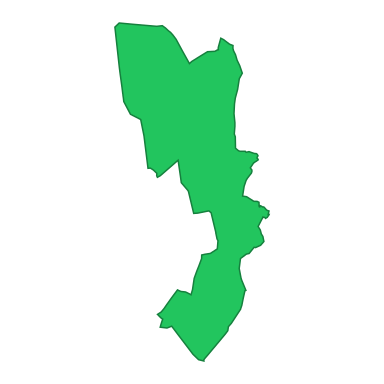 Udi, Enugu, Nigeria
{"feature_id": "59680162B18977545928744", "entity_name": "Udi", "entity_type": "district", "adm_level": 2, "iso_a3": "NGA", "parent_name": "Nigeria", "parent_adm1": "Enugu", "projection": "natural_earth1", "projection_center": [7.382, 6.448], "detail": "fine", "context": "isolated", "style": "filled", "palette": "green", "viewbox_px": 384, "rotation_deg": 0, "n_neighbors": 0, "source": "geoboundaries", "source_scale": "gbopen_adm2", "svg_char_len": 2554}
<svg xmlns="http://www.w3.org/2000/svg" viewBox="0 0 384 384"><path d="M269.1,214.5L268.7,214.5L268.4,214.3L268.2,214.3L269.0,211.0L267.3,210.4L266.3,209.8L265.7,209.0L264.1,207.2L263.4,206.9L263.0,207.0L262.5,207.0L262.1,206.6L261.5,206.3L260.9,205.9L260.2,205.7L259.9,206.3L259.9,206.8L259.4,206.9L259.0,205.9L259.1,204.5L259.0,203.4L259.0,202.3L257.2,201.4L253.8,201.3L246.6,196.7L242.6,196.1L244.1,186.4L246.1,180.4L247.5,178.1L251.4,173.1L251.9,171.6L251.9,170.0L250.3,167.9L253.7,162.8L254.5,162.5L255.3,161.7L256.2,161.3L258.2,159.8L257.9,159.0L257.0,158.1L257.2,157.1L258.0,155.8L257.3,154.4L256.3,153.6L254.5,153.5L252.0,152.7L249.0,151.6L246.2,152.3L245.3,151.3L240.1,151.3L238.4,150.7L235.5,148.2L235.3,136.8L234.3,134.0L234.9,126.4L234.9,122.7L234.0,113.6L234.5,103.9L235.3,98.1L237.6,89.5L239.3,78.7L242.3,73.2L239.7,65.6L237.1,60.2L235.5,54.7L233.6,50.9L232.9,48.3L233.0,45.5L229.6,44.2L225.6,41.2L223.7,39.7L220.8,38.2L218.5,46.6L218.3,47.3L218.2,48.7L218.4,49.7L217.2,50.0L215.0,51.3L213.4,51.4L207.5,51.7L198.4,57.3L191.7,61.5L189.4,63.6L189.0,62.8L182.1,50.4L180.1,46.7L176.1,39.3L172.8,34.9L170.9,32.8L170.7,32.5L168.2,30.6L165.5,28.0L162.3,25.7L156.9,26.3L156.5,26.3L133.1,24.3L119.2,23.0L114.9,27.1L117.7,52.5L119.4,68.0L120.1,73.5L122.0,87.3L122.7,93.1L122.7,93.3L122.9,94.2L123.0,95.5L123.4,98.2L123.5,99.1L123.8,101.6L130.5,114.3L140.7,119.5L144.0,135.9L148.0,168.3L150.4,168.1L153.5,170.1L156.8,173.3L156.7,175.8L157.4,177.3L160.3,175.7L178.1,160.2L180.4,176.0L181.3,182.7L188.1,190.7L188.6,192.1L193.7,213.4L197.8,213.1L208.8,210.9L211.1,212.7L215.9,232.7L215.8,232.9L217.0,238.8L217.5,239.9L218.0,240.5L217.5,246.4L217.3,248.9L210.4,253.4L204.7,254.3L201.7,255.0L201.6,258.6L199.0,265.6L196.8,271.1L194.2,278.3L192.5,289.7L191.0,294.8L189.1,293.7L185.6,292.0L183.2,291.7L181.1,291.5L179.6,290.9L177.5,289.9L171.6,297.8L166.9,304.4L164.0,308.6L161.2,312.0L157.5,314.4L160.7,317.7L161.6,318.4L162.7,319.1L161.4,323.0L160.8,325.0L160.2,327.2L167.0,328.0L171.7,326.2L177.8,334.3L193.0,354.3L198.6,359.7L203.9,361.0L203.8,359.8L205.5,357.6L205.8,357.3L207.7,355.1L225.5,333.8L227.8,330.7L228.4,326.7L231.3,323.4L240.6,309.2L240.6,308.9L241.8,305.4L243.2,298.4L244.9,290.8L245.9,290.4L241.7,280.2L241.0,278.0L239.2,268.5L240.5,258.5L246.4,254.1L249.1,253.5L254.1,247.3L255.5,247.6L260.6,245.3L263.9,241.5L262.9,236.5L261.3,233.9L260.3,230.0L258.1,226.5L263.0,217.0L263.5,217.4L264.3,217.3L264.9,217.5L265.5,218.4L267.3,217.3L267.7,216.7L268.2,215.9L268.9,215.0L269.1,214.5Z" fill="#22c55e" stroke="#15803d" stroke-width="1.5"/></svg>